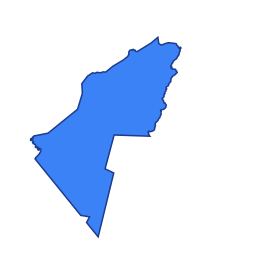 Sohe District, Northern, Papua New Guinea, rotated 231°
{"feature_id": "67681753B17052128293430", "entity_name": "Sohe District", "entity_type": "district", "adm_level": 2, "iso_a3": "PNG", "parent_name": "Papua New Guinea", "parent_adm1": "Northern", "projection": "equal_earth", "projection_center": [147.829, -8.649], "detail": "fine", "context": "isolated", "style": "filled", "palette": "blue", "viewbox_px": 256, "rotation_deg": 231, "n_neighbors": 0, "source": "geoboundaries", "source_scale": "gbopen_adm2", "svg_char_len": 5584}
<svg xmlns="http://www.w3.org/2000/svg" viewBox="0 0 256 256"><g transform="rotate(231 128 128)"><path d="M62.2,36.3L102.0,88.6L110.7,84.5L131.3,112.8L107.9,139.8L108.7,139.8L109.0,139.9L109.3,139.9L109.5,140.2L110.1,140.1L110.5,140.2L110.7,140.4L110.8,140.6L111.1,140.8L111.6,141.0L111.7,140.8L111.9,140.9L112.0,140.9L112.3,141.4L112.2,141.6L112.3,141.7L112.4,142.1L112.5,142.2L112.5,142.3L111.8,142.3L111.7,142.5L111.4,142.8L110.9,143.2L110.8,143.5L110.8,143.8L110.7,144.1L110.3,144.8L110.3,145.3L110.1,145.6L110.0,146.2L110.0,146.7L110.1,147.1L110.0,147.5L110.5,148.0L110.7,148.3L110.8,148.4L111.4,148.7L111.5,148.9L111.7,149.6L111.9,149.9L112.3,150.0L112.4,150.5L112.5,150.7L112.8,150.9L113.0,151.1L113.5,151.3L113.7,151.6L114.3,152.0L114.6,152.6L114.8,152.8L114.9,153.3L114.7,153.9L114.8,154.3L114.8,154.7L114.8,155.3L115.1,156.1L115.2,156.4L115.9,157.9L115.9,158.4L116.0,158.9L116.1,159.3L116.2,159.6L116.8,160.2L117.1,161.1L118.0,162.7L119.2,163.3L119.7,163.6L119.8,164.0L119.9,164.3L120.0,164.4L120.8,164.3L121.1,164.3L121.3,164.5L121.3,164.9L120.6,166.3L120.5,166.8L120.1,167.4L120.0,167.7L120.0,168.2L120.1,168.7L120.1,169.4L120.2,170.1L120.5,170.8L120.9,171.0L121.5,171.9L121.8,172.2L123.2,172.3L124.1,172.6L124.3,172.4L124.5,171.9L124.9,171.7L125.3,171.9L126.2,172.3L126.5,172.7L127.3,172.9L127.6,172.9L127.9,172.7L128.1,172.7L128.3,172.7L128.5,173.0L129.1,173.1L129.3,173.0L129.6,173.5L129.5,174.9L129.6,175.4L130.0,176.0L130.6,176.4L131.2,177.2L131.3,177.6L131.4,177.4L131.9,178.1L132.2,178.7L132.5,179.0L132.6,179.4L132.8,179.7L132.8,180.2L132.8,180.6L133.0,180.8L133.6,181.1L133.7,181.3L133.8,182.4L133.9,182.6L134.1,182.7L134.4,182.5L134.7,182.5L134.9,182.6L135.0,182.8L135.4,183.0L135.6,183.3L135.6,184.0L135.7,184.4L135.7,184.8L135.6,185.5L135.5,185.8L135.5,186.1L135.6,186.3L135.9,186.6L136.0,186.7L136.3,186.9L136.4,187.0L136.6,187.6L136.8,188.0L136.8,188.6L136.9,188.8L137.1,189.5L137.1,190.5L137.7,191.0L138.4,191.3L138.5,191.5L138.6,191.8L138.9,192.2L139.2,192.4L139.3,192.6L139.5,192.9L139.9,194.8L140.1,195.2L140.1,195.7L140.1,196.4L140.0,196.7L140.0,197.3L139.8,198.1L139.8,198.4L140.1,199.6L140.1,199.9L140.1,200.6L140.1,200.9L140.1,201.1L141.0,201.4L141.5,201.6L142.2,201.2L142.4,201.3L142.7,201.5L143.3,201.8L143.6,201.8L144.0,201.6L144.4,201.3L144.6,201.0L145.1,200.6L145.4,199.9L145.6,199.6L145.8,199.5L146.6,199.7L147.4,199.4L147.5,199.2L147.7,199.3L147.5,199.9L147.5,200.1L147.6,200.4L147.9,200.3L148.0,200.2L148.2,200.4L148.4,200.4L148.6,200.3L149.2,200.3L149.5,200.3L149.6,201.1L149.7,201.3L149.8,201.7L150.0,201.9L150.2,202.5L150.3,202.7L150.5,203.0L150.4,203.3L150.4,203.5L150.6,203.7L150.7,204.2L151.0,204.6L151.4,204.9L151.5,205.2L151.4,206.5L151.5,207.2L151.5,208.2L151.4,208.5L151.3,208.9L151.4,209.5L151.5,209.6L151.7,210.3L152.0,210.7L152.1,210.8L152.3,211.0L152.2,211.6L152.2,211.8L152.4,212.1L152.7,212.5L152.7,213.2L152.7,213.4L153.3,214.3L153.9,214.8L154.0,215.0L154.2,215.3L154.5,215.5L154.6,216.2L155.2,216.9L155.4,217.2L155.7,217.6L155.8,217.7L156.3,217.7L156.7,217.9L156.8,218.3L156.7,219.0L156.7,219.3L157.0,219.4L157.3,219.6L157.5,219.7L157.9,219.4L158.0,219.3L158.1,219.1L158.0,218.8L157.9,218.2L158.1,217.9L158.6,217.8L159.8,218.2L160.2,218.2L160.7,218.3L161.0,218.3L161.2,218.2L161.5,218.0L161.8,217.9L162.3,218.3L162.7,218.5L162.9,218.5L163.4,218.3L163.5,218.3L166.4,215.6L166.8,215.1L167.2,214.7L167.5,214.3L168.1,213.9L169.0,212.9L169.0,212.4L169.9,211.0L170.3,209.4L170.5,209.0L171.1,207.4L171.3,206.2L174.1,205.0L179.7,208.3L179.5,199.3L181.6,183.3L182.7,182.2L183.4,182.1L183.5,182.3L183.9,182.4L183.9,182.2L184.1,182.0L184.4,182.2L184.9,181.6L185.1,181.7L185.5,181.7L185.5,181.4L185.7,181.5L186.0,181.2L186.1,180.4L186.4,180.2L186.4,179.9L186.6,179.7L187.2,178.7L187.1,177.9L186.8,177.1L186.5,176.3L186.1,176.1L185.5,175.8L185.0,175.1L184.5,174.9L184.4,174.0L183.7,172.8L183.7,171.7L183.9,170.7L183.7,168.0L185.5,155.3L185.5,145.9L187.6,143.5L187.8,141.9L190.9,138.8L191.0,137.4L191.4,137.1L191.4,136.6L193.2,135.2L193.8,129.3L191.5,120.0L183.6,114.3L174.3,100.6L174.3,62.6L181.0,49.9L181.0,49.6L180.8,49.3L180.8,49.1L180.7,49.0L180.7,48.8L180.9,48.5L180.9,47.9L180.6,47.9L180.4,48.1L180.2,48.1L180.0,47.8L179.7,47.8L179.6,47.7L179.5,47.3L180.1,47.3L180.4,46.8L180.4,46.6L180.3,46.3L180.4,46.2L180.7,45.9L180.8,45.8L180.8,45.7L180.7,45.5L180.1,44.7L179.7,44.6L179.4,44.7L179.3,45.1L179.1,45.5L178.8,45.3L178.5,45.5L178.3,45.5L177.8,45.8L177.2,45.7L176.9,45.9L176.6,45.6L176.7,44.9L176.6,44.7L176.3,44.8L176.0,45.0L175.9,45.0L175.8,44.7L175.6,44.5L175.3,44.6L174.8,45.0L174.7,45.1L174.4,45.1L174.1,45.4L173.9,45.3L173.7,45.2L173.3,45.5L172.8,45.5L172.7,45.4L172.2,45.0L171.8,44.3L171.5,44.0L171.1,44.1L170.9,44.1L170.6,44.4L170.4,44.5L170.2,44.8L170.2,45.1L170.4,45.2L170.5,45.0L170.7,44.7L170.8,44.5L170.9,44.4L171.0,44.4L171.0,44.6L170.8,45.1L170.6,45.4L170.4,45.5L170.4,45.4L170.1,45.3L170.0,45.2L169.8,45.0L169.2,44.9L168.7,44.6L168.2,44.6L168.3,45.1L168.4,45.5L168.5,45.8L168.2,45.7L167.8,45.3L167.2,44.6L166.9,44.7L166.8,45.0L167.0,45.3L167.3,45.3L167.5,45.4L167.6,45.6L167.5,45.8L167.4,46.1L167.5,46.3L167.7,46.2L167.8,46.2L167.8,46.4L167.6,46.6L167.3,46.6L167.2,46.8L166.8,46.9L166.5,46.9L165.9,46.8L165.6,46.6L165.3,46.3L164.8,45.2L164.4,44.6L164.2,44.2L164.2,43.9L164.0,43.5L163.9,43.2L163.7,42.9L163.7,42.0L163.5,41.5L163.4,40.8L163.3,40.6L163.2,39.6L163.2,38.6L163.0,37.4L162.9,37.2L162.7,36.9L162.2,37.0L162.1,36.9L162.5,36.7L162.4,36.3L89.8,36.3L83.2,42.2L80.6,36.3L62.2,36.3ZM168.0,45.0L167.8,44.7L167.7,44.4L167.5,44.5L167.8,45.1L168.0,45.0Z" fill="#3b82f6" stroke="#1e3a8a" stroke-width="1.5"/></g></svg>